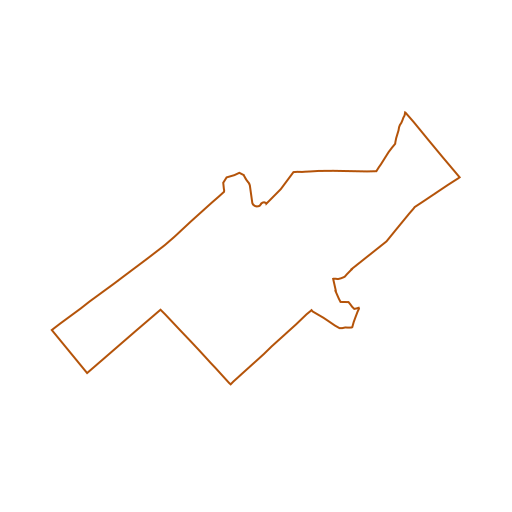 the district of Al Mayadin, Dayr Az Zawr, Syria, rotated 353°
{"feature_id": "27442178B96470480022323", "entity_name": "Al Mayadin", "entity_type": "district", "adm_level": 2, "iso_a3": "SYR", "parent_name": "Syria", "parent_adm1": "Dayr Az Zawr", "projection": "albers", "projection_center": [40.466, 34.927], "detail": "fine", "context": "isolated", "style": "outline", "palette": "amber", "viewbox_px": 512, "rotation_deg": 353, "n_neighbors": 0, "source": "geoboundaries", "source_scale": "gbopen_adm2", "svg_char_len": 3458}
<svg xmlns="http://www.w3.org/2000/svg" viewBox="0 0 512 512"><g transform="rotate(353 256 256)"><path d="M74.1,351.6L97.8,335.7L126.2,316.6L151.5,299.8L154.7,297.7L155.7,299.0L158.7,302.8L171.4,320.1L181.8,334.1L189.3,344.4L197.9,356.5L202.2,362.3L213.8,378.7L215.2,380.3L218.3,377.8L232.1,368.1L238.1,363.9L251.8,354.3L253.1,353.3L260.7,347.5L287.5,328.7L299.1,320.0L303.4,317.3L304.5,316.5L305.5,318.0L315.5,325.6L319.1,328.7L325.8,334.6L330.1,337.8L332.1,338.0L332.9,338.1L335.9,337.8L338.1,338.2L340.4,338.5L342.3,338.6L342.9,338.3L344.9,333.5L347.1,329.2L350.0,323.7L351.5,321.3L351.8,320.8L351.6,319.9L349.3,320.3L347.1,320.5L345.2,318.1L343.7,315.4L342.2,313.0L337.8,312.4L334.3,311.9L333.0,308.4L330.6,300.4L331.0,300.3L329.8,288.1L330.4,288.0L332.3,288.3L334.6,288.9L337.6,288.5L339.9,287.9L341.5,287.4L344.2,285.0L348.1,281.9L349.4,281.0L349.2,280.7L387.3,257.4L398.2,246.9L413.1,232.7L418.3,228.0L419.4,226.8L427.9,222.6L454.8,209.0L462.5,205.3L466.1,203.6L467.7,202.7L457.9,187.7L453.7,181.3L441.2,161.8L428.8,142.2L421.9,132.0L421.5,131.7L420.6,134.6L419.1,136.7L418.0,138.9L416.5,141.5L414.8,143.5L413.7,145.6L412.8,148.6L411.0,152.7L409.5,156.1L409.0,157.6L408.2,160.0L407.8,161.6L404.2,165.0L400.3,169.0L396.3,173.9L391.1,180.3L388.8,182.8L385.8,186.5L376.5,185.6L361.0,183.4L343.3,180.9L328.5,179.2L320.1,178.7L314.8,178.3L312.1,178.2L307.4,177.5L303.4,177.3L288.7,192.7L272.7,205.3L272.7,205.2L272.5,204.9L272.4,204.9L272.3,204.7L272.2,204.7L271.9,204.4L271.7,204.3L271.7,204.2L271.4,204.1L271.2,204.0L271.1,203.9L270.9,203.9L270.7,203.8L270.6,203.7L270.4,203.7L270.2,203.7L269.9,203.7L269.7,203.7L269.5,203.8L269.4,203.8L269.2,203.8L268.9,203.9L268.8,204.0L268.7,204.0L268.4,204.1L268.2,204.2L268.1,204.3L267.9,204.4L267.8,204.5L267.7,204.5L267.5,204.8L267.4,204.8L267.3,205.0L267.2,205.0L267.0,205.3L266.9,205.4L266.9,205.5L266.7,205.7L266.6,205.8L266.4,206.0L266.2,206.1L266.1,206.3L265.9,206.4L265.8,206.5L265.7,206.5L265.4,206.7L265.2,206.7L265.0,206.8L264.9,206.8L264.7,206.8L264.4,206.9L264.2,206.9L263.9,206.9L263.7,206.9L263.4,206.9L263.2,206.9L262.9,206.9L262.7,206.8L262.4,206.8L262.3,206.7L262.2,206.7L261.9,206.6L261.7,206.5L261.5,206.4L261.4,206.4L261.2,206.3L261.1,206.2L260.9,206.1L260.7,205.9L260.4,205.7L260.2,205.5L260.1,205.4L260.0,205.2L259.9,205.2L259.7,205.0L259.7,204.9L259.6,204.7L259.4,204.5L259.4,204.4L259.3,204.2L259.2,204.2L259.1,203.9L259.0,203.7L258.9,203.5L258.9,203.4L258.9,203.2L258.8,202.9L258.7,197.3L258.5,185.3L258.5,185.2L258.4,185.0L258.4,184.9L258.4,184.7L258.3,184.4L258.3,184.2L258.2,184.1L258.2,183.9L258.1,183.7L258.1,183.4L258.0,183.2L257.9,183.1L257.9,182.9L257.8,182.7L257.7,182.5L257.6,182.4L257.5,182.2L257.3,182.0L257.3,181.9L257.2,181.8L257.1,181.7L256.9,181.3L256.9,181.2L256.7,180.9L256.6,180.7L256.4,180.5L256.3,180.3L256.3,180.2L256.2,180.1L256.1,179.9L256.0,179.7L255.9,179.5L255.8,179.4L255.7,179.2L255.6,178.9L255.5,178.7L255.4,178.6L255.4,178.4L255.2,178.2L255.1,177.9L255.1,177.7L254.9,177.4L254.8,177.1L254.7,177.0L254.7,176.8L254.6,176.7L254.5,176.3L254.4,176.2L254.3,175.9L254.2,175.7L254.1,175.4L254.0,175.2L253.9,174.9L253.8,174.7L253.8,174.4L253.7,174.3L253.7,174.2L249.6,171.4L244.4,173.1L236.4,174.4L232.4,179.3L232.3,185.2L232.4,186.9L232.1,188.4L226.4,192.4L218.4,197.8L195.1,214.1L177.5,226.9L166.8,234.1L148.4,245.0L120.4,261.1L112.3,265.8L85.4,280.8L75.5,286.8L53.6,299.1L47.3,302.8L44.3,304.6L74.1,351.6Z" fill="none" stroke="#b45309" stroke-width="2"/></g></svg>